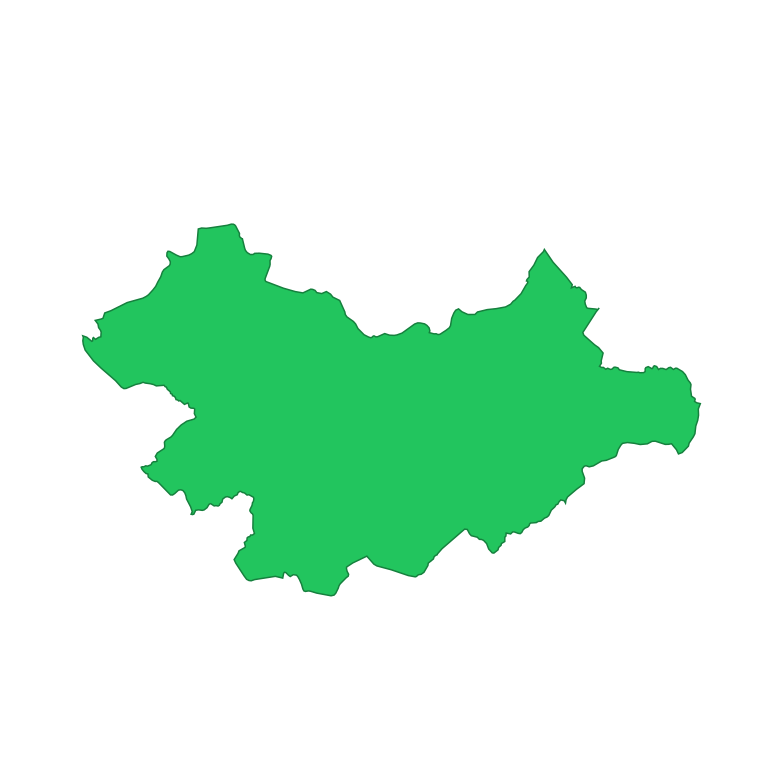 Kabinda, Kasaï-Oriental, Democratic Republic of the Congo, rotated 322°
{"feature_id": "63176286B78021290688444", "entity_name": "Kabinda", "entity_type": "district", "adm_level": 2, "iso_a3": "COD", "parent_name": "Democratic Republic of the Congo", "parent_adm1": "Kasaï-Oriental", "projection": "orthographic", "projection_center": [24.619, -6.075], "detail": "fine", "context": "isolated", "style": "filled", "palette": "green", "viewbox_px": 768, "rotation_deg": 322, "n_neighbors": 0, "source": "geoboundaries", "source_scale": "gbopen_adm2", "svg_char_len": 6171}
<svg xmlns="http://www.w3.org/2000/svg" viewBox="0 0 768 768"><g transform="rotate(322 384 384)"><path d="M333.1,147.5L322.1,159.3L316.0,162.9L312.7,162.9L309.4,162.2L303.4,159.4L301.7,158.2L299.8,154.7L296.8,147.7L295.5,146.4L293.8,147.0L291.6,149.5L291.5,152.9L290.9,156.1L289.2,158.0L287.6,158.6L281.0,158.4L278.3,159.3L274.2,162.0L268.7,164.3L264.2,166.5L259.8,167.6L253.4,168.7L250.6,168.6L246.8,167.9L231.7,161.7L213.9,158.1L207.7,156.1L203.0,159.2L201.2,158.7L195.6,156.1L195.5,160.7L193.8,163.9L193.7,166.9L193.1,168.9L189.9,172.5L188.0,171.6L184.2,171.2L183.6,168.5L182.7,168.7L180.9,170.6L180.0,170.5L178.6,164.2L176.3,160.6L175.8,162.1L173.3,164.5L171.4,167.7L169.4,173.3L169.3,186.9L170.8,197.1L174.5,216.1L175.1,224.6L176.2,227.5L178.0,228.7L188.1,231.5L192.0,233.4L195.2,234.3L196.4,236.2L200.0,239.9L202.1,242.6L203.4,245.3L209.9,249.6L209.9,251.4L210.6,252.5L210.0,254.9L210.8,258.4L210.0,260.1L210.8,261.7L210.1,263.0L211.0,264.2L211.3,266.0L210.5,268.3L211.5,269.4L211.8,271.0L213.1,271.5L214.2,277.2L217.6,278.1L217.9,278.6L216.3,282.1L217.0,284.1L219.2,286.1L219.4,287.2L216.3,290.6L215.5,294.4L212.7,294.7L205.7,291.9L199.1,291.4L192.6,292.1L185.7,294.3L183.3,294.6L178.1,293.9L176.5,294.1L175.1,294.7L172.9,298.1L171.1,299.5L162.9,298.8L159.2,300.3L158.7,303.7L157.5,305.1L156.2,304.6L154.5,303.3L152.8,303.2L150.7,304.2L147.0,303.1L145.9,301.8L143.6,301.3L142.5,300.3L141.4,300.1L140.8,302.4L140.9,305.4L141.4,308.1L142.6,309.5L141.0,312.1L142.1,317.1L143.7,319.9L145.1,320.9L145.6,322.8L147.5,340.0L149.1,341.3L151.6,341.5L156.7,341.1L158.8,342.3L160.0,344.2L160.0,347.1L159.1,350.1L157.6,353.1L156.0,361.7L154.3,366.5L151.8,367.9L152.7,369.0L154.0,369.5L157.9,367.6L160.4,369.0L163.0,371.7L164.8,372.5L168.4,372.5L172.0,371.1L173.1,371.3L173.8,371.7L175.1,375.5L176.7,376.4L178.1,378.0L179.6,378.2L181.0,377.5L183.6,377.4L185.9,375.4L189.4,375.4L191.2,376.3L192.8,378.6L193.5,380.8L197.1,380.1L200.2,380.9L202.0,379.8L204.0,379.8L205.0,380.5L205.7,382.4L207.0,383.9L207.7,387.2L209.4,388.1L211.4,392.9L210.8,394.3L208.7,396.2L207.4,396.5L205.3,398.4L201.2,400.4L200.2,401.4L200.0,403.7L200.4,405.3L200.0,406.9L191.9,416.9L189.9,422.0L187.5,422.1L185.9,420.9L184.3,421.6L182.8,420.9L181.4,421.0L179.6,422.9L176.4,422.9L174.9,426.4L173.9,427.2L167.0,426.2L164.7,427.6L157.8,430.1L156.9,433.9L155.6,449.1L155.5,453.3L156.6,455.7L158.2,457.3L161.7,458.5L180.0,468.7L184.7,474.6L188.5,471.3L189.7,471.1L190.6,472.3L191.0,476.0L191.6,478.0L195.1,478.4L197.4,480.8L197.5,482.8L197.0,486.1L195.7,491.1L193.9,495.5L193.5,497.7L194.4,499.1L197.0,500.5L198.4,501.9L202.2,507.3L211.9,518.3L214.7,519.6L217.1,519.2L222.1,516.8L224.5,515.2L226.5,514.5L234.9,513.4L237.5,513.4L239.0,512.1L239.6,508.9L240.8,506.3L241.9,505.2L249.4,505.8L264.5,509.1L265.1,519.7L266.4,523.0L275.3,534.8L285.2,549.9L289.9,555.2L291.0,555.6L293.7,555.5L296.1,556.8L299.5,557.0L306.8,554.1L308.6,552.4L315.2,552.3L316.9,551.1L318.8,550.8L320.8,551.3L321.5,550.8L328.5,549.5L358.2,548.0L360.1,549.9L359.2,554.6L359.4,557.3L363.2,562.2L363.5,565.1L365.2,566.6L366.2,568.6L366.6,573.0L364.9,578.5L365.3,583.7L366.5,584.9L371.7,584.9L373.7,583.4L376.9,583.2L378.3,582.0L382.2,582.5L384.9,579.1L386.4,578.9L388.5,576.7L391.5,580.1L394.3,579.8L395.6,580.8L397.8,584.3L399.2,585.8L401.1,585.8L404.1,584.5L406.6,584.4L409.3,585.2L411.2,584.9L412.6,583.9L413.9,583.8L418.7,587.0L420.8,587.2L423.2,588.7L427.9,588.5L430.5,589.2L432.8,589.1L438.2,586.4L442.9,586.0L445.4,585.1L446.9,585.7L449.3,584.6L451.9,584.2L454.1,586.9L453.7,589.6L456.2,587.3L459.1,586.0L470.8,585.5L480.3,585.7L484.1,581.7L486.4,574.8L488.0,572.8L491.2,572.1L492.9,572.8L494.7,575.6L498.6,577.4L508.2,578.7L512.2,581.0L521.2,583.6L522.9,583.5L528.3,579.8L532.7,578.1L535.4,577.6L539.8,580.0L544.7,584.8L548.6,589.4L554.7,593.3L559.9,594.2L562.6,596.1L568.4,604.7L571.1,606.7L573.8,608.1L574.0,615.9L573.0,620.4L576.8,621.6L585.6,620.4L588.1,618.4L595.2,616.1L598.4,614.6L603.8,609.1L608.8,605.8L612.6,602.3L616.3,597.2L621.2,594.2L618.9,591.4L618.0,588.9L619.7,587.7L620.1,586.8L618.8,583.0L622.3,576.8L625.5,573.5L626.0,571.8L626.0,567.9L627.2,562.2L626.9,558.0L624.5,551.9L623.4,551.0L621.0,550.7L620.1,547.3L618.6,546.5L615.2,546.3L613.3,543.4L611.5,541.9L609.3,541.6L609.6,538.1L608.4,536.2L607.3,536.0L605.9,536.8L604.6,536.9L602.9,533.0L600.5,532.3L599.3,532.7L597.4,535.0L595.6,534.9L592.6,532.7L591.8,531.4L590.3,530.5L583.0,523.8L578.2,517.7L578.3,515.3L576.5,513.0L575.5,512.4L572.6,512.6L571.3,511.8L570.0,509.3L567.8,508.9L567.1,506.0L565.6,504.9L564.7,502.7L568.1,501.5L569.4,499.5L575.7,494.5L575.5,487.6L574.0,482.5L571.5,468.6L572.4,465.8L595.7,457.7L600.4,456.6L598.1,456.9L597.2,455.5L591.2,449.8L590.7,448.6L591.8,444.9L593.3,442.2L596.4,440.7L598.1,438.5L599.2,435.6L597.7,431.1L597.7,428.4L596.9,427.5L595.2,427.0L594.5,425.9L594.7,424.7L590.9,423.6L593.5,421.6L593.6,412.4L592.2,392.1L593.2,376.7L591.2,377.8L582.9,378.9L575.3,382.6L567.5,384.8L564.3,389.1L561.0,389.7L559.7,390.5L560.4,391.6L559.5,392.8L556.3,393.7L547.7,397.2L538.6,398.5L536.8,398.3L532.9,399.1L527.2,398.1L518.8,393.7L511.1,388.9L507.1,387.1L502.0,384.8L498.5,385.2L492.9,380.9L489.9,375.1L489.0,370.7L485.9,370.0L482.7,371.1L477.8,373.9L472.3,379.0L470.1,379.9L466.0,379.9L458.8,379.3L457.0,378.3L456.0,376.5L454.3,375.3L451.3,371.4L452.9,370.3L454.1,367.5L453.9,364.2L453.0,361.6L450.2,358.3L448.2,356.6L445.1,355.6L429.6,355.0L424.4,353.3L422.0,352.0L418.4,348.9L415.6,344.7L408.0,342.8L406.6,341.8L405.8,340.0L405.1,339.6L403.1,339.8L402.0,339.3L400.8,337.6L398.6,332.9L397.6,324.3L398.6,319.2L398.4,315.9L396.1,308.3L396.3,305.4L397.5,303.1L400.5,290.9L397.2,284.1L397.2,280.3L395.5,275.7L390.6,274.4L387.3,270.6L387.3,267.8L386.1,265.6L384.7,264.2L376.2,262.3L371.0,256.6L363.8,246.7L354.0,230.5L354.2,228.9L355.3,227.7L366.4,220.9L367.9,219.6L370.2,216.5L372.0,215.8L374.1,214.2L374.1,213.0L372.5,210.2L366.3,204.2L362.5,201.4L360.7,201.4L358.4,199.7L357.1,196.2L357.1,193.3L357.8,191.2L361.8,182.4L361.5,182.2L360.9,179.2L361.4,178.0L362.8,176.4L364.4,168.1L364.3,166.7L363.7,165.4L362.1,164.0L358.3,162.5L342.8,153.7L339.8,151.9L336.3,148.8L333.1,147.5Z" fill="#22c55e" stroke="#15803d" stroke-width="1.5"/></g></svg>